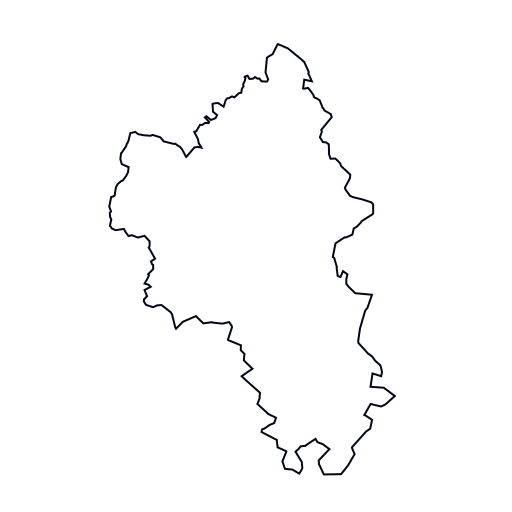 the district of Zangon Kataf, Kaduna, Nigeria, rotated 185°
{"feature_id": "59680162B76884691739548", "entity_name": "Zangon Kataf", "entity_type": "district", "adm_level": 2, "iso_a3": "NGA", "parent_name": "Nigeria", "parent_adm1": "Kaduna", "projection": "mercator", "projection_center": [8.252, 9.897], "detail": "fine", "context": "isolated", "style": "outline", "palette": "ink", "viewbox_px": 512, "rotation_deg": 185, "n_neighbors": 0, "source": "geoboundaries", "source_scale": "gbopen_adm2", "svg_char_len": 4359}
<svg xmlns="http://www.w3.org/2000/svg" viewBox="0 0 512 512"><g transform="rotate(185 256 256)"><path d="M298.3,410.6L298.9,410.0L299.9,408.2L300.2,406.5L300.3,406.1L301.3,401.9L307.1,405.1L311.4,404.3L312.6,403.6L311.4,396.1L311.2,395.8L307.0,393.0L307.9,390.7L308.5,389.7L312.8,387.6L317.6,390.9L319.0,389.6L314.4,385.5L314.8,384.2L318.2,384.2L321.1,381.9L323.2,381.8L326.4,375.0L328.1,374.5L328.4,374.3L324.0,367.4L323.0,363.6L322.9,363.5L319.8,359.2L323.5,359.6L326.8,358.8L334.1,348.6L334.7,349.1L334.9,349.5L335.1,349.9L338.6,355.3L339.4,356.3L341.0,357.9L344.5,359.7L346.1,360.8L347.6,360.5L357.9,362.1L358.9,363.2L361.7,365.9L369.5,367.6L371.6,366.6L378.4,366.5L383.9,367.1L384.8,367.6L386.1,368.5L386.8,368.8L387.2,369.1L387.9,368.8L391.8,367.5L392.1,366.3L393.0,360.2L393.8,357.4L394.2,357.0L394.8,355.1L395.0,353.9L398.9,347.0L399.4,346.6L399.6,340.8L397.7,335.8L390.6,333.4L390.8,328.2L392.3,324.5L395.2,319.7L396.9,318.8L400.0,315.7L401.5,312.4L402.1,303.9L403.7,302.7L405.4,302.2L406.5,292.4L406.4,292.2L404.3,287.8L405.4,286.2L404.8,282.4L403.3,279.6L403.4,279.3L404.0,274.8L404.2,273.3L403.4,272.7L402.1,270.9L398.1,269.5L396.7,269.8L390.0,271.5L388.2,268.7L384.9,264.9L384.6,264.8L381.5,265.9L375.3,264.1L368.8,266.4L363.3,261.4L363.0,258.5L362.9,256.9L363.0,256.3L363.1,255.8L363.6,255.1L356.3,244.5L360.1,241.5L358.8,238.7L357.7,238.2L357.3,234.0L361.9,228.4L360.9,227.5L362.3,223.7L364.6,218.8L360.8,218.1L358.2,216.2L364.1,212.4L361.0,206.4L363.8,203.2L363.8,201.0L361.5,198.0L361.3,197.8L360.7,197.6L354.1,196.0L349.8,198.4L349.4,198.3L346.2,198.9L345.4,198.6L336.1,192.6L334.5,190.5L334.2,189.6L330.2,177.8L329.3,176.6L323.1,184.1L315.7,188.1L310.6,190.9L302.6,184.3L294.2,186.2L293.7,185.9L283.6,185.7L277.0,187.8L274.2,184.4L273.7,182.9L276.7,170.2L276.4,169.8L263.2,165.7L263.0,160.9L259.0,157.5L259.0,150.9L249.7,143.4L256.6,137.7L259.8,135.0L256.6,132.4L252.6,129.4L240.0,120.0L240.1,118.1L240.2,116.2L239.9,114.9L241.7,108.7L229.8,99.6L222.0,96.6L223.3,91.2L227.5,89.0L230.7,86.4L232.3,85.0L234.8,83.8L235.0,82.7L235.1,81.1L225.4,77.1L219.3,74.6L217.8,67.3L209.3,64.3L208.7,63.8L211.8,53.8L210.0,49.6L208.6,46.5L206.9,46.5L201.1,46.4L194.0,43.0L192.3,46.1L191.4,49.0L192.4,54.7L199.6,64.5L196.7,67.6L194.9,70.3L190.2,71.2L189.9,71.7L180.8,79.0L178.6,75.9L172.9,74.3L166.0,70.0L175.7,57.9L175.1,54.1L169.5,44.5L169.3,44.3L152.2,46.1L146.0,55.5L140.5,67.2L143.6,73.0L143.7,73.8L131.0,90.8L127.2,93.9L126.1,102.9L133.4,106.9L134.2,107.1L128.9,118.6L118.4,117.0L115.4,118.6L113.6,120.0L105.5,128.6L117.2,135.9L130.5,135.7L129.9,145.6L129.7,149.1L124.8,148.1L120.8,147.1L120.4,151.5L122.0,156.7L122.9,158.1L128.2,162.1L131.6,166.1L136.2,168.8L139.1,171.6L146.3,178.2L146.8,180.0L146.1,192.8L142.5,210.9L140.4,214.2L137.1,227.5L153.9,227.6L160.7,233.1L163.6,236.1L164.0,241.1L163.3,245.7L168.0,248.4L170.0,242.5L170.8,242.6L172.9,243.3L174.7,251.6L174.5,252.1L178.0,261.0L179.4,261.7L177.9,275.5L169.4,282.3L168.0,282.3L161.9,285.7L161.0,291.9L161.0,292.0L158.3,293.8L154.0,299.1L153.9,299.8L143.5,307.8L143.0,308.9L143.8,317.6L145.7,319.5L154.4,321.5L154.6,321.6L164.2,323.0L167.3,324.0L167.5,324.1L172.6,329.9L173.4,331.8L169.2,341.6L169.2,345.3L174.3,349.3L179.1,353.0L180.2,355.5L181.8,357.0L182.2,357.4L185.5,360.0L190.2,359.4L192.3,364.1L192.2,364.9L193.2,373.6L196.1,375.3L199.3,375.3L202.7,379.9L201.2,385.7L202.0,387.3L198.1,393.0L192.7,400.9L193.8,403.8L196.7,405.2L199.2,406.3L200.2,406.8L200.9,407.4L201.6,408.9L202.7,409.5L203.6,411.7L206.2,416.7L209.7,418.5L211.5,418.9L212.3,419.7L212.7,421.2L215.1,424.1L218.7,428.0L222.9,426.8L223.7,427.1L223.3,435.9L215.6,434.9L219.8,442.5L219.5,443.9L224.9,453.6L225.4,453.7L225.9,454.2L229.1,456.6L233.8,459.8L242.3,465.6L252.6,469.0L252.9,468.9L256.8,459.1L257.0,458.5L260.8,455.9L262.4,454.5L262.5,439.7L259.3,433.1L259.9,431.4L260.3,430.7L265.8,430.5L268.0,433.1L269.9,432.8L272.5,434.2L274.4,432.4L277.9,431.8L280.1,434.9L281.4,434.5L282.1,433.9L282.9,433.5L282.9,433.2L282.7,433.2L282.4,433.0L282.1,432.7L282.0,432.4L282.1,431.2L282.3,430.5L282.3,430.1L282.4,429.8L282.5,429.2L282.7,428.7L282.9,428.4L283.2,427.5L283.3,427.3L283.4,426.9L283.5,426.6L283.7,426.3L283.7,425.7L283.3,424.1L283.2,423.8L284.2,422.2L284.7,421.0L284.9,417.4L286.2,417.0L287.7,416.4L288.0,415.8L291.4,412.1L293.8,412.9L296.9,410.8L298.3,410.6Z" fill="none" stroke="#020617" stroke-width="2"/></g></svg>